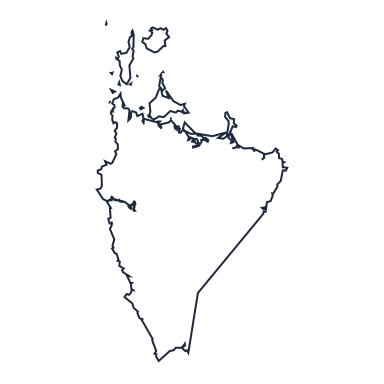 Circular Head, Tasmania, Australia
{"feature_id": "25037944B64479708811178", "entity_name": "Circular Head", "entity_type": "district", "adm_level": 2, "iso_a3": "AUS", "parent_name": "Australia", "parent_adm1": "Tasmania", "projection": "equal_earth", "projection_center": [144.855, -41.02], "detail": "fine", "context": "isolated", "style": "outline", "palette": "slate", "viewbox_px": 384, "rotation_deg": 0, "n_neighbors": 0, "source": "geoboundaries", "source_scale": "gbopen_adm2", "svg_char_len": 5944}
<svg xmlns="http://www.w3.org/2000/svg" viewBox="0 0 384 384"><path d="M282.6,162.9L284.2,162.1L282.5,161.4L282.1,159.0L279.0,158.0L278.9,153.8L276.6,151.7L278.0,150.3L275.7,148.5L272.4,152.5L264.1,154.5L264.2,157.9L261.7,159.7L264.0,157.6L263.9,153.7L255.5,149.5L253.8,151.6L254.4,150.1L252.6,149.1L253.1,148.1L243.5,148.4L237.9,144.9L239.1,148.1L237.1,146.2L236.8,147.3L232.3,148.4L236.4,147.2L237.4,144.3L232.0,134.4L230.8,133.4L233.5,142.1L231.0,142.9L231.8,140.5L228.6,138.0L228.1,134.5L229.1,135.4L232.6,126.3L236.0,127.0L236.6,125.7L233.8,123.3L234.0,119.1L230.0,118.2L227.0,112.2L225.4,113.0L225.1,116.8L228.6,121.2L228.7,124.2L226.6,136.6L223.1,138.7L218.1,137.9L226.2,132.4L212.4,136.2L197.0,133.6L197.5,135.5L201.7,135.8L203.1,138.0L205.4,137.7L208.3,140.1L207.7,141.8L204.6,139.8L201.2,140.1L201.6,141.7L198.9,145.8L193.2,147.6L193.0,146.5L199.3,145.2L198.7,142.7L198.4,142.5L197.6,143.4L197.2,143.4L197.9,140.8L196.7,138.9L194.3,138.9L194.9,142.1L193.7,140.7L193.3,141.7L192.7,141.2L192.4,141.5L192.1,141.5L193.0,138.5L190.4,137.3L189.9,139.1L189.2,139.6L189.0,139.8L188.7,139.6L188.7,139.9L188.4,140.0L188.1,140.1L189.0,137.6L185.5,131.7L182.8,130.0L180.5,132.8L178.8,132.3L179.7,129.3L178.1,129.7L179.9,127.4L176.5,129.5L178.3,126.4L177.1,126.4L175.2,128.6L174.4,126.2L175.4,125.2L171.0,120.3L168.5,122.5L160.7,124.3L159.7,126.0L161.1,126.7L161.4,127.5L160.9,128.7L161.0,126.7L159.9,127.0L158.3,125.1L158.7,123.5L156.7,122.2L144.9,119.1L143.2,120.3L143.8,122.0L143.6,122.9L142.4,121.1L143.5,118.2L142.5,113.8L137.3,116.1L136.1,112.5L132.3,111.2L130.9,112.4L131.1,116.6L130.1,118.7L128.4,120.4L129.5,110.5L128.1,108.4L123.9,108.3L122.5,106.4L122.8,104.3L125.0,106.2L120.8,97.5L120.5,93.7L118.1,97.5L113.7,99.4L112.2,103.4L114.6,105.4L114.6,107.5L113.0,108.3L113.3,109.8L112.0,110.2L112.8,111.6L111.1,111.7L110.9,113.4L112.5,115.8L112.2,119.8L113.5,123.3L115.3,122.1L117.0,123.3L117.1,127.7L114.7,130.7L116.4,134.0L114.7,137.5L115.8,138.7L115.4,141.6L117.8,144.4L117.9,149.0L115.0,151.4L116.4,153.9L112.4,162.7L110.7,163.8L105.1,161.2L106.5,164.8L101.9,166.6L101.2,169.3L97.7,170.5L97.8,172.9L101.5,174.9L101.9,185.7L100.5,188.6L96.8,189.6L103.1,199.1L107.3,201.2L109.4,199.8L111.3,200.3L111.1,197.8L111.5,197.1L112.0,197.1L112.6,197.3L114.4,199.8L115.5,199.3L118.4,200.5L119.4,199.9L120.1,201.4L121.3,200.9L124.4,201.8L129.2,205.2L129.3,205.7L128.6,206.2L129.7,206.8L130.1,205.5L131.7,204.4L133.4,205.2L133.2,203.4L133.5,202.8L134.2,202.6L133.7,201.7L134.0,201.4L134.5,201.5L135.0,202.3L135.4,204.0L134.8,204.6L134.3,208.2L133.4,209.8L133.8,210.4L134.0,210.1L134.4,210.1L134.9,210.5L135.0,210.7L133.8,210.5L133.3,210.0L134.7,204.7L135.3,203.9L134.3,201.5L134.2,202.8L133.3,203.3L133.5,205.3L130.1,205.7L129.5,207.7L130.5,208.3L131.0,207.7L131.3,207.8L131.5,208.1L131.4,208.4L130.8,209.0L130.3,209.3L131.2,207.8L130.5,208.4L129.6,207.9L128.4,206.3L129.1,205.2L124.5,202.0L120.2,201.6L119.1,200.1L118.3,200.6L114.4,200.0L112.1,197.3L111.6,200.4L109.5,200.1L107.2,202.3L110.9,208.1L109.9,208.3L110.6,217.8L108.3,218.8L109.6,223.5L111.4,223.6L111.6,223.3L111.8,223.2L111.8,222.1L112.0,221.8L111.7,225.3L109.9,228.9L114.3,239.4L112.5,245.5L113.5,247.7L112.1,248.5L114.8,253.2L116.5,253.7L118.5,259.7L117.6,260.8L119.8,261.6L119.3,265.9L123.7,268.5L122.1,270.2L122.9,272.1L129.4,276.3L127.2,276.2L130.8,283.6L131.4,283.0L131.8,283.0L130.9,283.8L131.6,290.7L131.9,290.1L132.3,289.8L132.9,289.9L133.2,290.2L131.9,290.1L130.5,293.3L128.9,294.8L126.6,294.0L124.5,297.1L132.3,303.4L133.7,307.9L137.9,311.6L137.5,313.5L139.4,317.7L141.6,319.5L142.3,318.9L143.1,318.9L141.6,319.7L152.7,339.1L152.2,340.3L156.2,350.9L154.5,353.7L156.4,354.3L156.1,356.4L158.7,361.0L169.9,350.9L173.5,350.3L175.8,347.7L181.6,347.8L184.0,345.0L184.3,344.9L185.0,345.5L184.4,344.7L184.6,344.1L184.8,343.8L185.0,345.5L181.8,347.8L185.3,351.0L186.9,350.4L188.3,352.8L197.9,293.0L263.2,213.9L263.6,211.6L265.5,211.9L266.1,208.1L263.9,209.3L262.0,207.9L266.1,207.0L267.0,202.1L270.6,201.1L272.8,195.4L272.2,193.4L273.3,193.5L277.5,186.5L277.2,184.5L280.8,180.8L282.8,170.3L285.8,170.7L287.2,167.8L282.8,167.2L282.6,162.9ZM150.4,111.8L149.0,115.5L149.3,115.4L149.6,115.4L149.7,115.5L151.6,118.2L153.9,119.5L159.0,116.4L163.7,117.1L170.4,111.0L175.9,112.6L177.8,110.7L181.6,111.7L182.8,110.4L182.8,112.4L185.2,112.2L183.2,113.5L188.6,112.7L183.9,106.1L184.9,103.8L180.4,105.0L173.4,101.1L166.0,90.5L168.7,98.1L162.6,95.8L161.0,88.6L159.0,89.3L155.7,97.7L149.5,103.3L150.4,111.8ZM132.5,30.6L131.5,32.1L132.0,35.8L130.0,37.2L128.5,41.9L129.7,47.3L126.4,52.8L121.3,53.8L120.1,51.1L117.3,52.5L118.8,56.7L117.1,59.2L119.6,61.1L119.8,65.3L121.8,69.7L120.4,76.1L122.3,80.9L126.7,84.3L130.4,77.9L129.4,65.4L133.4,58.5L132.5,56.3L133.7,51.1L132.2,48.8L133.4,47.3L133.7,35.0L132.5,30.6ZM142.3,42.0L145.3,44.1L146.7,48.4L154.4,52.4L157.7,51.6L163.6,45.9L165.4,46.1L164.7,40.5L169.1,37.1L166.4,33.6L167.5,30.8L166.0,28.1L163.8,29.8L160.4,28.2L157.9,29.7L152.6,27.4L150.9,28.5L152.0,30.2L150.0,30.7L152.3,32.6L151.5,35.1L148.2,38.8L143.3,38.2L142.3,42.0ZM184.7,122.4L183.0,128.4L184.3,130.6L190.5,133.8L195.8,133.7L184.7,122.4ZM160.8,76.8L159.1,86.2L162.5,90.4L165.1,88.3L162.4,82.9L162.8,80.0L160.8,76.8ZM141.4,106.8L140.0,108.1L140.6,109.3L143.4,107.9L141.4,106.8ZM111.1,89.8L112.7,92.9L114.9,91.6L111.1,89.8ZM160.0,121.5L157.8,121.4L157.0,122.0L159.0,122.5L160.0,121.5ZM119.2,82.5L118.5,84.5L119.8,85.0L119.2,82.5ZM129.9,84.4L130.8,84.7L131.1,83.5L129.9,84.4ZM112.0,74.1L112.5,72.6L110.9,73.0L112.0,74.1ZM106.3,23.0L105.7,25.5L106.6,24.0L106.3,23.0ZM149.1,117.0L149.8,116.6L148.8,116.1L149.1,117.0ZM161.0,74.3L160.4,75.2L161.2,75.0L161.0,74.3ZM149.0,115.7L150.4,116.6L149.6,115.4L149.0,115.7ZM162.8,72.2L163.3,72.2L163.1,71.8L162.8,72.2ZM116.2,57.9L116.3,58.6L117.0,58.5L116.2,57.9ZM110.0,101.1L109.9,101.7L110.1,101.5L110.0,101.1ZM170.9,118.2L170.6,117.7L170.8,118.3L170.9,118.2ZM137.6,76.2L137.2,76.0L137.4,77.1L137.6,76.2Z" fill="none" stroke="#1e293b" stroke-width="2"/></svg>